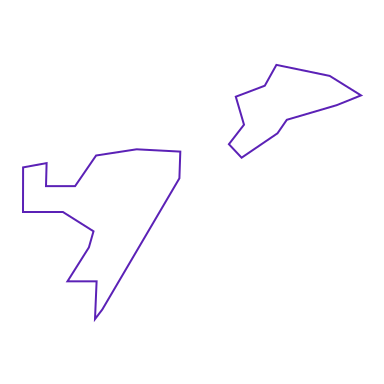 outline of East End
{"feature_id": "AIA-5115", "entity_name": "East End", "entity_type": "District", "adm_level": 1, "iso_a3": "AIA", "parent_name": "Anguilla", "parent_adm1": "", "projection": "mercator", "projection_center": [-62.977, 18.266], "detail": "fine", "context": "isolated", "style": "outline", "palette": "violet", "viewbox_px": 384, "rotation_deg": 0, "n_neighbors": 0, "source": "natural_earth", "source_scale": "10m", "svg_char_len": 457}
<svg xmlns="http://www.w3.org/2000/svg" viewBox="0 0 384 384"><path d="M23.1,167.4L46.6,163.1L46.0,186.1L75.1,186.1L96.1,155.5L136.6,149.3L180.3,151.6L179.4,178.3L102.3,309.5L95.0,319.1L96.6,281.3L67.5,281.3L88.9,247.4L93.5,231.3L62.9,212.0L23.0,212.0L23.1,167.4ZM235.8,96.7L264.8,85.7L276.4,64.9L329.7,75.9L361.0,95.4L336.6,105.2L286.8,119.8L277.5,133.3L241.6,157.7L228.9,144.2L244.0,124.7L235.8,96.7Z" fill="none" stroke="#5b21b6" stroke-width="2"/></svg>